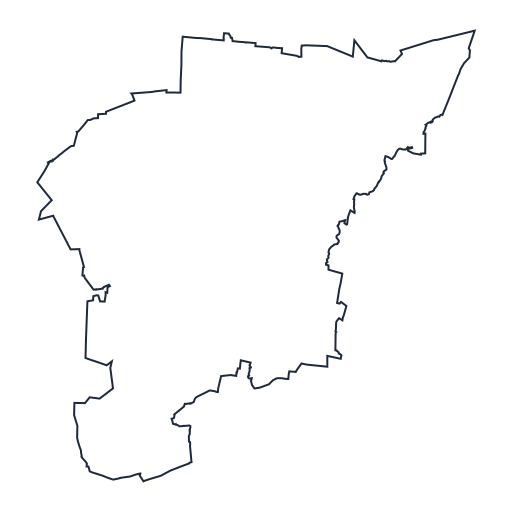 Irapuato, Guanajuato, Mexico (Natural Earth projection)
{"feature_id": "50627088B47484425878670", "entity_name": "Irapuato", "entity_type": "district", "adm_level": 2, "iso_a3": "MEX", "parent_name": "Mexico", "parent_adm1": "Guanajuato", "projection": "natural_earth1", "projection_center": [-101.373, 20.675], "detail": "fine", "context": "isolated", "style": "outline", "palette": "slate", "viewbox_px": 512, "rotation_deg": 0, "n_neighbors": 0, "source": "geoboundaries", "source_scale": "gbopen_adm2", "svg_char_len": 5860}
<svg xmlns="http://www.w3.org/2000/svg" viewBox="0 0 512 512"><path d="M288.3,379.0L288.7,374.5L289.3,371.4L295.1,371.8L295.7,372.0L296.9,369.9L301.5,363.5L306.7,364.6L327.3,366.7L327.3,355.9L340.7,358.8L341.4,355.3L340.3,354.2L339.2,353.8L338.8,353.5L338.7,352.4L337.0,351.0L336.9,350.6L335.4,350.3L335.6,334.6L335.8,331.9L336.0,331.8L335.5,331.4L335.9,329.6L336.1,323.3L336.4,321.6L338.4,318.9L339.1,318.2L342.4,320.3L343.0,316.8L343.6,315.9L346.4,306.0L341.0,301.9L339.6,303.6L337.1,303.0L339.2,289.6L340.7,282.7L342.3,273.6L328.5,269.7L328.5,265.4L326.0,264.7L326.0,263.5L326.2,262.8L327.2,262.4L327.5,262.1L327.6,261.9L327.1,261.0L326.8,259.8L326.9,259.4L327.9,258.6L328.5,257.6L328.2,256.1L329.2,253.8L329.1,253.3L328.5,252.6L328.9,250.0L329.2,249.3L331.2,246.9L333.5,245.3L333.9,244.8L334.4,244.5L337.4,244.0L337.7,243.7L337.8,242.9L338.4,242.6L338.7,242.0L338.9,240.8L337.7,239.1L336.6,237.8L336.4,237.0L336.6,236.1L337.5,235.0L339.1,234.1L339.6,232.5L339.7,230.7L339.3,229.5L338.6,228.4L338.2,226.6L337.5,226.0L337.9,225.2L338.8,224.5L339.5,221.7L342.0,221.2L345.1,220.2L344.4,223.1L345.9,224.3L346.6,224.6L347.1,224.2L348.0,217.2L349.0,214.0L350.4,210.4L354.5,212.9L354.7,211.7L353.9,207.6L354.2,203.9L354.0,202.6L354.3,199.4L353.5,199.1L354.5,196.2L356.4,193.4L357.0,193.3L357.9,193.9L358.8,194.2L359.1,194.6L360.1,194.7L361.7,194.5L362.8,193.9L364.2,193.8L365.2,193.9L365.9,193.8L366.2,193.9L367.0,194.7L367.4,194.7L368.9,194.2L369.4,192.4L372.7,191.2L374.1,190.0L374.5,188.4L375.8,187.2L377.0,185.5L378.0,182.9L378.8,181.7L379.0,181.9L380.6,179.5L381.4,177.7L381.5,176.4L383.9,173.2L383.4,172.4L383.4,172.0L384.0,171.2L386.4,169.6L386.5,169.1L386.3,167.1L384.8,162.7L384.7,162.1L385.0,161.5L384.4,160.3L385.5,156.1L388.6,157.2L391.0,158.8L392.0,159.0L392.5,158.5L394.0,156.3L394.5,156.2L397.1,150.9L398.0,149.8L398.8,149.0L400.1,148.6L402.4,149.4L405.3,149.6L406.1,149.2L407.4,147.7L407.5,148.1L408.4,147.3L409.6,147.6L412.0,147.2L412.2,147.9L410.2,148.5L409.6,148.3L408.3,149.0L407.7,149.1L408.0,150.7L413.4,153.4L420.9,154.7L420.9,153.6L425.2,153.4L425.4,133.6L423.5,133.8L423.6,132.2L424.7,130.6L425.0,129.6L425.6,128.2L425.4,127.9L425.5,127.5L425.9,126.5L426.3,126.0L426.3,125.0L425.7,124.7L428.3,122.8L430.4,121.9L430.3,122.4L430.5,122.7L431.6,122.4L432.7,121.4L432.6,120.3L432.8,119.6L433.1,119.2L435.1,117.6L437.1,117.0L438.2,116.4L439.4,116.7L440.4,115.0L441.5,114.6L442.4,115.0L448.7,99.5L458.0,75.7L459.1,73.6L460.5,69.3L463.9,63.4L469.4,57.5L469.9,50.2L468.7,48.4L474.7,30.7L437.4,39.8L433.9,40.1L400.5,50.5L402.0,54.0L395.0,61.3L394.5,61.1L390.3,61.8L389.1,61.1L387.2,61.4L386.1,60.8L384.7,61.2L382.0,60.4L381.5,61.3L367.4,57.4L354.4,40.3L352.8,56.6L327.2,46.1L306.0,45.3L301.7,45.6L301.3,48.8L301.4,56.7L298.6,56.9L298.4,56.5L296.1,55.7L281.6,53.2L282.1,48.2L276.7,47.9L274.3,47.5L272.4,47.5L271.6,48.4L269.7,47.3L255.4,46.2L255.6,43.1L246.4,42.3L246.2,42.5L245.8,42.6L245.2,42.3L243.9,42.1L240.1,41.9L232.6,41.1L232.6,40.8L232.0,37.9L230.8,37.8L230.5,36.3L228.8,34.0L228.8,33.6L224.1,33.2L223.5,38.1L223.8,39.0L223.7,40.4L211.9,39.4L211.9,39.2L200.6,38.1L196.4,38.0L182.7,36.7L181.5,51.4L181.4,65.3L180.7,80.0L180.5,92.6L166.4,92.5L166.6,90.1L155.6,91.3L151.5,92.0L131.4,93.5L132.3,94.7L134.5,100.6L106.1,111.7L105.9,113.8L98.1,114.2L98.0,118.1L94.3,118.3L92.8,118.7L90.5,119.9L87.7,120.1L84.7,124.0L78.3,131.5L76.7,131.8L77.2,132.9L73.8,145.8L71.1,146.1L70.2,146.7L63.7,151.6L62.0,153.1L58.9,155.4L58.2,156.2L53.6,159.8L53.1,159.6L53.0,160.0L52.7,160.2L52.7,160.5L52.4,160.5L52.5,160.9L52.9,160.7L52.8,161.0L52.0,161.4L51.2,161.5L51.0,160.8L49.9,161.2L49.4,162.0L47.8,161.9L47.7,161.7L47.8,162.5L49.2,162.5L48.5,163.8L44.7,170.7L37.3,182.3L51.7,200.2L41.0,211.2L38.9,219.6L53.3,215.7L53.5,216.5L70.6,249.4L79.4,249.1L79.5,250.7L84.0,267.1L83.1,267.5L82.4,275.5L84.1,276.0L84.2,275.9L84.8,278.0L93.6,289.7L96.1,289.3L96.1,289.6L102.7,288.6L102.6,288.1L104.0,287.1L104.0,286.9L109.0,284.8L109.9,286.1L107.6,287.2L107.2,292.8L105.6,292.2L105.6,295.3L104.6,301.6L100.1,301.4L98.3,295.5L96.6,295.3L93.3,296.2L93.1,300.3L87.4,301.3L86.0,338.7L85.5,358.0L92.9,360.6L93.5,360.7L106.7,365.3L111.8,361.4L110.3,367.9L113.0,388.4L99.6,398.6L89.7,397.3L85.0,403.1L74.4,402.9L74.1,415.1L77.4,425.9L77.1,437.4L77.9,441.4L79.9,447.8L80.4,448.8L81.0,450.7L81.0,452.4L81.8,456.6L81.5,456.8L81.6,457.2L85.8,461.9L86.9,463.5L86.6,466.5L88.5,466.6L89.7,471.3L91.6,472.2L102.7,475.7L108.1,477.9L113.2,479.6L117.2,478.8L120.0,478.1L120.0,477.9L130.0,476.5L136.3,474.4L140.3,473.5L140.3,474.1L139.7,475.6L143.5,481.3L144.5,480.8L149.9,479.0L160.7,475.8L170.4,470.6L180.6,466.6L189.0,463.5L189.3,462.8L191.5,462.2L190.2,447.9L190.0,446.1L190.2,443.9L190.0,442.4L189.8,442.5L189.1,441.7L188.9,440.3L188.9,435.6L189.5,434.8L189.7,434.2L189.8,431.8L189.7,431.9L189.6,429.7L190.3,427.6L190.4,426.7L190.3,426.0L189.3,425.5L183.8,426.0L183.7,425.8L181.5,426.2L179.5,426.3L177.6,425.1L175.6,424.6L175.6,424.1L175.1,424.3L173.1,423.9L172.2,420.4L172.1,420.2L171.6,418.7L173.3,418.3L174.0,417.9L174.5,415.4L174.2,414.5L183.9,406.6L184.8,403.8L186.5,404.0L187.1,403.7L190.0,403.3L190.0,403.7L190.7,403.6L192.0,402.9L193.8,401.9L194.8,398.9L196.2,397.3L198.1,396.2L204.3,393.2L209.8,390.4L214.6,391.2L217.0,392.1L217.9,392.0L218.2,388.4L221.1,376.1L231.0,375.0L231.5,375.2L236.2,375.9L236.5,372.7L236.8,372.8L237.9,368.4L239.9,368.6L240.1,365.8L240.8,360.3L250.6,362.6L250.2,364.1L249.9,364.4L249.5,365.3L250.9,367.3L250.8,367.7L250.2,367.9L249.6,367.8L249.4,368.2L249.6,368.7L249.7,370.1L249.2,372.6L248.7,373.7L248.9,374.8L249.2,375.4L249.1,375.7L248.2,376.0L248.0,376.7L248.3,377.7L249.2,378.5L250.3,378.6L251.1,378.2L251.7,378.1L251.3,380.2L250.9,380.8L251.4,382.6L252.1,385.1L254.5,388.5L259.9,387.6L268.9,384.3L273.1,380.1L275.5,379.0L276.1,378.5L276.5,378.4L277.9,378.2L281.6,378.2L286.0,378.9L288.3,379.0Z" fill="none" stroke="#1e293b" stroke-width="2"/></svg>